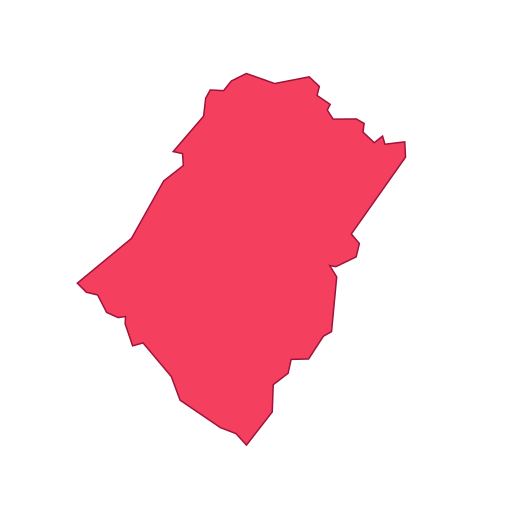 outline of Morgan, Tennessee, United States of America, rotated 71°
{"feature_id": "52423323B10498305298620", "entity_name": "Morgan", "entity_type": "district", "adm_level": 2, "iso_a3": "USA", "parent_name": "United States of America", "parent_adm1": "Tennessee", "projection": "orthographic", "projection_center": [-84.667, 36.142], "detail": "fine", "context": "isolated", "style": "filled", "palette": "rose", "viewbox_px": 512, "rotation_deg": 71, "n_neighbors": 0, "source": "geoboundaries", "source_scale": "gbopen_adm2", "svg_char_len": 807}
<svg xmlns="http://www.w3.org/2000/svg" viewBox="0 0 512 512"><g transform="rotate(71 256 256)"><path d="M211.2,82.4L196.5,78.2L192.3,97.7L183.8,97.3L187.4,107.3L173.7,114.5L165.9,110.6L159.1,116.5L151.7,138.5L141.2,141.1L136.8,136.5L124.1,146.0L116.3,140.9L103.9,147.4L99.0,182.2L80.3,205.7L82.5,222.4L89.1,232.8L84.1,245.2L90.4,252.2L106.7,260.0L130.3,300.3L135.3,292.1L146.8,295.3L155.0,318.9L198.8,368.0L223.5,433.8L235.1,428.2L241.3,418.4L260.7,415.6L269.3,406.5L270.8,399.1L277.5,401.8L300.8,401.9L301.4,391.1L342.5,375.3L367.7,374.7L406.7,345.5L417.5,332.7L431.7,326.6L408.7,291.4L383.3,281.6L377.3,263.8L365.2,256.4L370.5,239.8L353.8,218.4L352.1,209.2L302.1,186.5L289.0,189.4L292.1,184.0L289.4,161.6L277.9,154.2L266.2,158.7L211.2,82.4Z" fill="#f43f5e" stroke="#9f1239" stroke-width="1.5"/></g></svg>